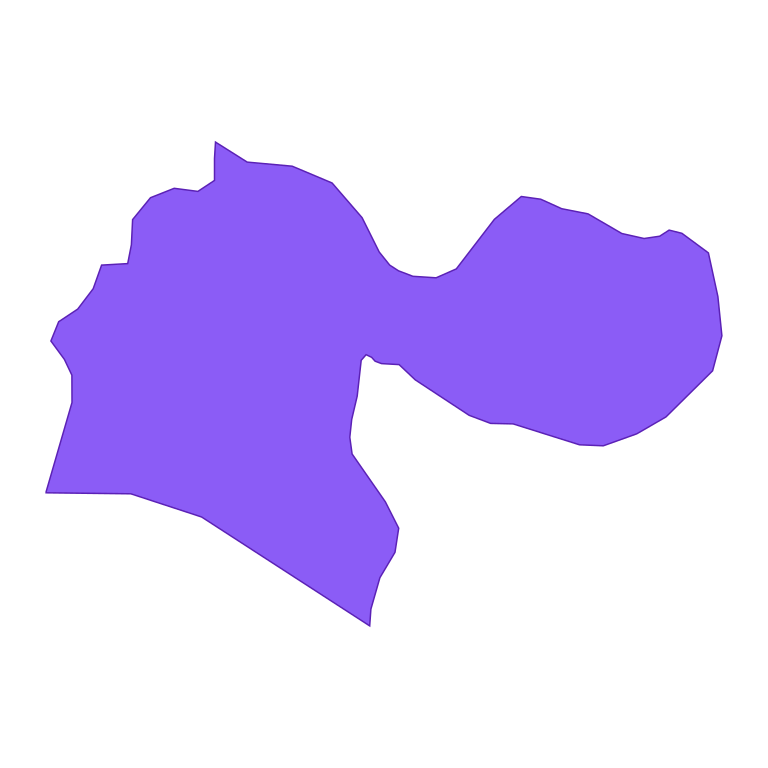 map outline of Tehran (Equal Earth projection)
{"feature_id": "IRN-3216", "entity_name": "Tehran", "entity_type": "Province", "adm_level": 1, "iso_a3": "IRN", "parent_name": "Iran", "parent_adm1": "", "projection": "equal_earth", "projection_center": [51.864, 35.496], "detail": "fine", "context": "isolated", "style": "filled", "palette": "violet", "viewbox_px": 768, "rotation_deg": 0, "n_neighbors": 0, "source": "natural_earth", "source_scale": "10m", "svg_char_len": 962}
<svg xmlns="http://www.w3.org/2000/svg" viewBox="0 0 768 768"><path d="M46.1,491.8L72.0,402.5L71.9,375.2L64.4,359.4L50.9,341.0L58.7,321.7L77.7,309.1L93.2,288.7L101.6,265.1L127.7,263.6L131.4,244.7L132.6,219.6L150.5,197.7L174.2,188.3L197.9,191.4L214.5,180.4L214.5,158.5L215.5,142.1L247.2,162.1L292.2,166.2L332.1,183.0L362.1,217.7L379.2,252.0L389.7,265.1L398.5,270.8L412.9,276.3L436.1,277.8L456.3,268.9L494.4,219.3L521.3,196.5L540.7,199.2L561.7,208.7L588.1,213.9L621.8,233.5L644.1,238.5L659.7,236.2L669.1,230.1L681.9,233.3L708.4,252.9L717.9,296.6L721.9,335.8L712.6,370.8L666.0,416.9L636.8,433.8L603.3,445.8L579.5,444.8L513.1,423.9L490.6,423.4L469.1,415.3L415.3,379.9L399.1,364.6L381.5,363.6L375.1,361.2L371.6,357.3L366.1,354.7L361.2,360.3L357.2,396.1L351.7,419.5L349.8,437.3L352.1,454.0L385.4,501.9L398.7,528.2L395.0,552.3L379.9,577.7L370.9,609.1L369.7,625.9L201.6,517.0L130.8,493.8L46.1,492.8L46.1,491.8Z" fill="#8b5cf6" stroke="#5b21b6" stroke-width="1.5"/></svg>